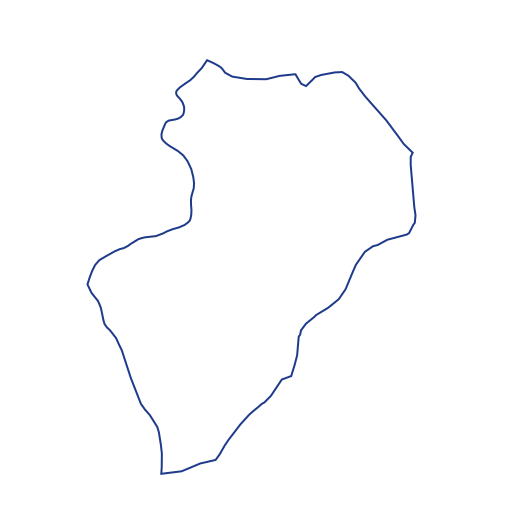 Zunil, Quezaltenango, Guatemala, rotated 351°
{"feature_id": "79465075B54074459386490", "entity_name": "Zunil", "entity_type": "district", "adm_level": 2, "iso_a3": "GTM", "parent_name": "Guatemala", "parent_adm1": "Quezaltenango", "projection": "mercator", "projection_center": [-91.503, 14.742], "detail": "fine", "context": "isolated", "style": "outline", "palette": "blue", "viewbox_px": 512, "rotation_deg": 351, "n_neighbors": 0, "source": "geoboundaries", "source_scale": "gbopen_adm2", "svg_char_len": 2003}
<svg xmlns="http://www.w3.org/2000/svg" viewBox="0 0 512 512"><g transform="rotate(351 256 256)"><path d="M238.3,55.0L231.8,61.9L226.3,66.1L222.8,69.2L218.5,72.1L213.3,74.5L207.0,77.7L203.5,80.3L202.7,81.9L202.6,83.7L203.2,85.4L205.2,88.4L206.7,91.1L207.6,93.4L208.3,97.3L207.9,100.7L206.7,104.0L205.8,105.4L203.3,107.1L200.5,108.1L197.4,108.5L191.0,108.6L188.0,109.9L186.4,112.2L183.2,117.4L181.7,120.9L181.3,124.7L181.9,126.6L183.5,129.1L185.7,131.7L188.3,134.2L195.4,140.2L200.0,145.4L203.2,151.7L205.7,160.2L206.4,168.5L206.2,174.5L205.1,179.4L201.8,186.4L200.6,190.1L199.8,195.5L199.5,200.1L198.6,204.8L197.3,208.5L196.2,210.6L194.3,212.1L190.3,214.2L184.3,215.7L177.8,216.5L172.0,217.7L167.6,219.2L160.2,220.7L149.9,220.2L146.1,220.4L142.4,221.0L134.0,224.5L131.2,226.0L126.7,227.5L122.6,227.9L117.1,229.3L107.1,233.0L100.6,235.6L95.8,239.6L91.7,245.3L88.0,251.9L85.1,257.7L87.7,266.5L90.7,271.9L92.9,275.7L93.9,279.5L94.7,283.4L95.3,295.9L95.8,299.6L97.6,303.2L100.1,306.4L104.9,315.1L106.9,322.3L108.7,328.1L113.2,356.5L119.2,384.0L122.3,390.3L126.2,396.4L131.8,409.5L132.5,415.0L132.5,427.7L132.1,436.5L129.8,450.1L128.4,456.3L148.8,457.0L168.5,452.2L184.2,451.1L189.1,446.2L195.6,438.1L200.4,433.0L214.2,419.9L224.4,411.7L228.6,409.0L233.6,406.1L238.7,402.9L241.3,402.0L248.8,396.5L262.2,382.0L272.0,380.1L277.0,369.9L281.1,360.5L285.6,342.3L287.3,340.6L288.8,336.5L294.7,330.7L304.2,325.2L306.2,323.7L319.2,318.4L331.0,311.6L339.3,302.8L348.7,287.5L353.3,280.3L364.2,268.9L373.2,264.6L377.8,264.2L388.2,260.5L408.3,258.4L410.8,257.3L416.2,249.9L418.0,248.1L419.9,240.9L420.0,232.5L423.0,190.6L424.3,182.4L426.9,178.5L419.4,168.4L415.1,159.9L405.9,142.4L396.8,128.1L389.1,116.0L386.3,110.9L384.1,106.9L381.5,100.4L375.5,92.4L369.9,87.8L362.5,87.0L348.7,87.4L342.3,88.5L340.2,90.2L332.0,96.0L327.5,92.9L323.4,82.7L321.5,82.5L307.5,81.8L293.7,83.0L274.6,79.7L260.6,75.1L254.2,70.2L251.8,65.6L250.3,63.7L247.2,61.1L243.3,58.2L238.3,55.0Z" fill="none" stroke="#1e3a8a" stroke-width="2"/></g></svg>